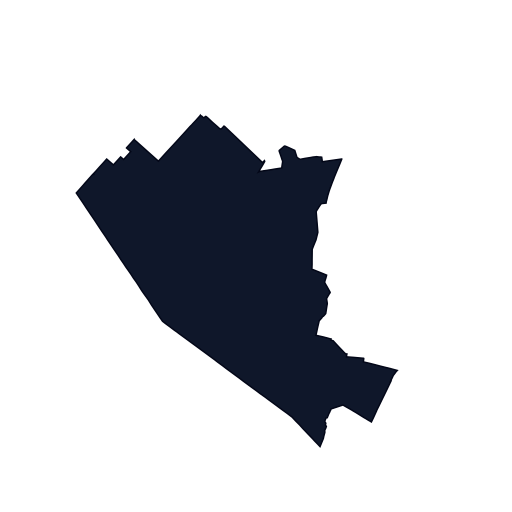 the district of Negru Voda, Constanta, Romania, rotated 32°
{"feature_id": "2599482B98241930265461", "entity_name": "Negru Voda", "entity_type": "district", "adm_level": 2, "iso_a3": "ROU", "parent_name": "Romania", "parent_adm1": "Constanta", "projection": "albers", "projection_center": [28.293, 43.811], "detail": "fine", "context": "isolated", "style": "filled", "palette": "ink", "viewbox_px": 512, "rotation_deg": 32, "n_neighbors": 0, "source": "geoboundaries", "source_scale": "gbopen_adm2", "svg_char_len": 5348}
<svg xmlns="http://www.w3.org/2000/svg" viewBox="0 0 512 512"><g transform="rotate(32 256 256)"><path d="M277.3,128.3L274.8,130.4L262.3,140.9L262.0,140.5L261.7,140.2L261.1,139.5L260.6,138.8L259.9,138.1L259.4,137.4L258.8,137.6L258.0,138.0L257.4,138.4L256.4,138.9L255.5,139.3L255.1,139.5L254.8,139.6L254.3,140.0L254.0,140.3L253.7,140.5L253.4,140.7L253.0,141.1L252.1,141.7L250.3,143.4L245.8,147.3L243.0,149.9L242.2,150.6L241.8,150.7L238.6,150.7L238.4,150.6L234.3,147.1L232.9,145.9L232.3,146.0L231.4,146.1L229.0,146.4L225.2,146.9L223.3,147.2L222.7,147.3L222.0,147.6L221.8,147.8L220.9,150.7L219.8,154.1L219.8,154.3L220.1,154.8L223.0,157.1L225.3,159.0L226.8,160.3L227.9,161.1L228.3,161.5L228.5,161.8L228.9,162.6L229.0,162.7L229.1,162.8L229.1,163.0L229.2,163.3L230.2,165.6L231.2,167.8L229.4,169.3L228.2,170.3L227.3,171.1L226.0,172.2L224.1,173.9L223.0,174.9L221.8,175.9L221.0,176.6L220.0,177.5L218.9,178.4L218.0,179.2L217.2,179.8L216.5,180.5L216.1,180.8L215.8,181.1L215.3,181.5L214.7,182.0L214.4,182.4L214.0,182.8L213.7,183.3L213.7,183.2L213.6,181.3L213.5,179.9L213.5,177.0L213.4,173.5L213.3,172.3L213.3,171.6L213.3,171.4L213.2,171.1L213.0,170.9L212.8,170.8L212.6,170.7L212.6,170.8L211.9,173.3L206.6,172.2L187.7,168.3L160.9,162.8L160.0,162.8L159.4,165.9L159.3,166.3L159.0,166.8L158.7,166.9L158.2,167.2L157.8,167.3L154.5,166.7L148.3,165.7L142.4,164.5L141.5,164.4L140.5,164.2L140.3,164.2L139.8,164.2L139.6,164.2L139.4,164.3L139.2,164.4L139.1,164.7L139.0,165.1L138.9,165.9L138.7,166.2L138.5,166.4L138.2,166.4L137.8,166.5L136.2,166.2L135.8,166.2L135.4,166.2L135.1,166.2L134.7,166.2L134.4,166.2L134.2,166.1L134.2,166.9L134.1,167.4L133.7,169.7L133.1,173.2L132.7,175.2L132.3,177.2L132.0,179.0L131.6,180.5L131.3,182.0L130.3,187.8L127.0,205.7L124.9,216.6L123.0,227.3L91.0,221.8L90.9,221.7L89.3,230.7L88.9,232.7L88.9,233.0L94.5,233.9L92.6,244.3L88.7,243.7L86.8,254.3L78.0,252.9L77.1,258.3L76.1,263.7L75.2,269.1L74.6,272.1L75.2,272.7L74.8,273.0L74.7,273.2L74.6,273.3L74.3,273.3L72.3,285.0L72.0,287.2L70.2,297.8L75.4,300.1L80.4,302.3L85.2,304.5L85.6,304.7L88.7,306.1L89.2,306.3L94.1,308.5L99.1,310.7L104.1,313.0L108.9,315.2L112.2,316.7L118.6,319.5L121.3,320.8L126.3,323.0L131.2,325.2L135.3,327.0L139.2,328.7L143.2,330.6L147.4,332.4L151.5,334.3L155.6,336.0L159.8,337.8L163.8,339.7L168.0,341.4L172.1,343.3L176.2,345.3L177.4,345.9L181.9,347.8L187.8,350.2L193.5,353.0L198.4,355.2L203.4,357.4L207.4,359.2L211.4,360.9L215.4,361.3L220.8,361.7L226.2,362.2L228.8,362.3L231.8,362.6L237.3,363.0L242.8,363.4L248.0,363.8L253.5,364.2L258.7,364.6L264.2,365.0L269.3,365.4L274.8,365.8L279.9,366.3L285.4,366.7L290.5,367.2L296.0,367.6L301.2,368.0L306.6,368.4L311.8,368.9L317.2,369.3L318.3,369.4L322.5,369.7L327.1,370.0L332.6,370.5L338.1,370.8L342.7,371.2L348.1,371.6L353.2,372.0L355.6,372.2L360.8,372.6L365.5,372.9L368.6,373.2L372.0,373.5L377.2,374.9L382.4,376.1L387.6,377.6L390.4,378.3L392.7,378.9L395.0,379.5L400.2,380.8L403.8,381.8L407.9,382.8L411.3,383.7L409.8,375.0L409.0,372.9L407.9,369.2L407.6,368.7L406.7,367.5L406.6,366.6L406.4,366.3L406.5,365.9L406.4,365.1L406.2,364.2L406.1,363.7L406.0,363.3L405.9,363.1L404.8,362.8L404.6,362.8L404.3,362.2L404.2,361.8L404.1,361.3L403.9,361.0L403.7,360.8L403.5,360.6L403.3,360.5L402.9,360.4L402.5,360.2L402.2,360.0L402.1,359.9L401.7,358.9L401.2,356.3L402.1,355.4L401.3,350.9L401.3,350.7L401.3,350.4L401.3,349.9L401.2,349.3L401.2,349.2L401.1,348.7L401.0,348.2L401.0,347.6L400.9,347.1L400.9,346.8L400.8,346.5L400.7,345.9L404.7,341.1L408.7,336.3L411.7,336.2L416.2,336.0L418.8,335.9L420.9,335.9L423.5,335.8L426.9,335.8L429.7,335.8L433.5,335.8L435.2,335.7L437.3,335.7L438.3,335.7L440.5,335.6L441.3,335.6L441.7,335.6L441.8,335.6L441.3,331.0L440.3,323.4L440.1,322.5L439.7,318.1L438.9,310.7L438.1,302.9L436.9,291.9L436.8,292.1L436.7,292.0L436.7,291.9L436.6,291.5L436.5,290.4L436.4,289.9L436.3,289.4L436.2,288.7L436.1,288.1L436.1,287.4L436.0,287.1L436.0,286.7L435.9,286.2L435.9,285.9L435.8,285.5L435.8,285.2L435.7,284.7L435.7,284.4L435.7,284.1L435.8,283.8L435.8,283.2L435.9,282.9L435.9,282.3L436.0,281.7L436.0,281.0L436.0,280.7L436.1,280.1L436.2,279.5L436.3,279.2L436.3,278.8L436.3,278.6L436.4,278.2L430.2,280.1L419.8,283.5L414.3,285.2L409.3,286.8L403.2,288.9L401.7,285.8L401.5,285.7L392.4,290.3L390.5,291.3L388.4,292.4L386.1,293.6L385.0,290.9L383.8,291.5L383.7,291.5L381.4,291.0L378.8,290.3L374.8,289.3L371.1,288.3L366.4,287.0L364.0,287.7L363.7,286.6L363.2,286.8L359.4,287.9L357.0,288.7L356.8,288.7L352.5,290.2L348.8,291.5L348.8,291.4L348.0,289.1L346.3,284.4L345.5,282.1L344.0,277.7L343.8,277.3L344.0,277.0L344.5,274.1L344.6,273.3L344.5,272.3L345.0,271.5L345.3,270.2L345.6,268.1L345.6,267.8L344.5,265.2L342.6,260.8L341.8,258.8L341.6,258.5L340.8,257.5L338.8,255.2L338.5,254.7L338.4,254.4L338.3,252.2L338.2,249.1L338.3,248.2L338.3,247.9L338.2,247.6L338.0,247.4L333.3,244.8L328.6,242.3L328.3,242.0L328.0,241.5L327.6,240.4L326.9,237.6L326.2,235.3L326.0,234.8L320.1,235.8L310.1,237.6L309.8,236.5L308.0,233.4L305.5,229.4L300.1,220.5L299.3,216.3L298.4,211.1L298.4,210.8L296.0,203.4L295.8,203.0L283.6,186.6L283.4,185.6L283.4,183.0L283.4,180.5L283.5,178.0L283.6,177.5L283.9,176.8L284.1,176.6L287.4,174.0L287.1,173.4L286.7,172.4L286.4,171.4L286.2,170.7L284.9,166.9L283.6,162.2L283.0,159.6L282.8,158.5L281.6,152.8L280.9,148.8L280.7,148.2L280.3,145.8L279.4,140.5L278.4,134.2L277.4,128.4L277.3,128.3Z" fill="#0f172a" stroke="#020617" stroke-width="1.5"/></g></svg>